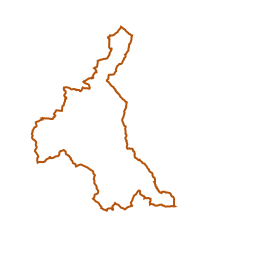 the district of Santiago de Chuco, La Libertad, Peru, rotated 302°
{"feature_id": "86281439B3188642373758", "entity_name": "Santiago de Chuco", "entity_type": "district", "adm_level": 2, "iso_a3": "PER", "parent_name": "Peru", "parent_adm1": "La Libertad", "projection": "albers", "projection_center": [-78.103, -8.267], "detail": "fine", "context": "isolated", "style": "outline", "palette": "amber", "viewbox_px": 256, "rotation_deg": 302, "n_neighbors": 0, "source": "geoboundaries", "source_scale": "gbopen_adm2", "svg_char_len": 5646}
<svg xmlns="http://www.w3.org/2000/svg" viewBox="0 0 256 256"><g transform="rotate(302 128 128)"><path d="M45.9,147.6L46.1,149.7L45.9,150.4L46.5,152.0L46.6,153.8L47.2,153.8L47.9,153.3L48.7,153.6L49.8,154.6L50.6,155.6L50.8,156.3L50.8,157.2L50.4,158.0L50.6,158.5L51.2,158.4L53.0,156.4L53.7,156.3L55.8,156.9L57.5,156.8L57.2,158.2L57.6,159.6L57.7,161.0L56.8,164.1L56.8,164.9L57.3,165.9L57.3,168.5L57.7,168.8L58.8,169.0L60.6,169.6L63.0,171.6L63.6,171.8L64.0,172.5L64.0,173.5L64.7,171.6L66.1,170.0L68.6,170.0L73.8,168.9L75.9,169.9L79.1,169.9L80.4,170.1L80.8,170.4L81.0,171.2L80.7,171.9L80.4,172.1L79.5,172.4L78.4,173.4L78.3,176.5L78.5,176.9L78.6,177.9L78.1,178.5L76.9,179.2L77.2,179.4L77.9,179.3L78.2,179.5L78.2,180.9L79.6,182.6L79.5,183.7L79.9,184.2L79.9,184.7L77.8,185.9L76.8,185.7L76.4,185.8L75.7,186.8L74.9,187.2L75.7,187.6L76.1,188.3L76.2,189.3L76.8,189.9L76.5,191.9L77.0,193.0L78.5,194.8L79.5,195.4L80.8,197.1L80.9,197.7L80.5,198.3L81.1,199.4L81.1,201.3L83.0,203.9L83.5,205.0L85.1,206.5L85.7,208.4L86.3,209.1L86.3,208.7L87.9,207.3L92.3,204.7L92.9,204.0L93.6,202.7L93.2,201.3L94.1,199.8L94.6,199.4L95.0,197.9L94.0,195.1L93.3,194.4L93.3,192.5L92.6,191.8L92.0,190.8L91.1,191.0L90.5,190.8L90.5,189.6L90.2,188.9L90.6,188.3L90.7,187.5L91.3,186.9L91.3,185.9L91.9,185.6L92.1,184.5L92.5,184.3L92.4,183.9L93.0,183.6L93.1,182.4L93.9,181.7L94.5,181.4L95.0,180.2L95.8,179.9L96.2,178.7L97.0,179.1L97.9,178.7L99.2,177.7L99.9,176.6L99.8,175.3L100.0,174.8L100.9,173.8L101.5,173.7L102.5,172.5L102.7,169.1L103.2,168.2L103.8,168.0L104.3,165.9L105.5,163.9L105.6,163.0L106.3,161.6L106.4,160.5L106.0,158.9L106.6,157.7L106.7,155.6L107.3,154.6L106.3,153.8L106.8,151.2L106.6,149.9L106.7,149.3L107.8,148.7L108.4,147.8L109.8,147.5L110.1,146.9L111.3,145.8L111.4,144.2L112.3,143.6L112.7,142.9L112.7,142.5L111.5,140.8L111.4,139.7L110.2,138.8L110.4,137.8L111.3,137.0L114.0,136.0L114.5,135.2L115.1,134.7L115.7,133.7L116.2,133.8L116.6,133.6L117.2,132.0L118.2,130.9L119.8,131.1L121.3,130.4L121.8,128.8L123.2,128.3L125.8,126.0L127.6,125.6L128.1,125.1L127.9,123.8L128.2,123.2L131.4,119.0L132.6,118.4L134.0,118.5L136.3,117.8L137.3,117.7L137.9,117.3L139.1,117.0L139.7,116.1L141.0,115.8L142.2,115.9L142.4,115.6L144.3,115.6L145.0,114.9L145.6,115.0L147.8,113.7L148.6,113.6L149.2,113.3L149.0,111.8L149.7,110.0L149.6,108.7L150.5,104.9L151.3,103.5L151.8,102.9L151.8,102.0L152.2,101.4L152.2,100.0L152.6,99.7L152.6,98.7L153.2,97.8L153.1,97.4L153.9,97.0L154.4,94.7L155.1,93.9L154.9,93.1L155.0,91.8L155.8,89.2L156.5,87.8L156.7,85.1L157.0,84.9L157.9,84.8L158.5,85.1L159.5,85.2L161.4,84.1L162.8,83.6L163.5,84.1L164.5,85.9L166.0,87.6L168.7,87.5L170.0,87.8L171.5,86.6L174.7,86.1L176.0,86.5L177.8,86.8L178.6,88.2L179.9,88.5L182.7,88.1L183.8,88.3L184.4,87.8L185.0,87.7L185.9,88.1L187.0,88.2L188.5,87.3L188.7,86.6L190.2,87.1L192.1,87.0L193.9,87.3L195.6,86.3L197.4,85.8L197.7,85.4L198.4,85.3L199.6,84.6L200.9,85.1L204.8,84.1L206.5,83.0L207.2,83.0L207.6,82.6L208.7,82.4L208.4,81.1L208.6,79.9L208.3,78.6L208.8,77.8L209.1,74.9L209.9,73.3L209.7,71.8L210.1,69.5L210.1,68.4L208.7,68.7L205.7,68.2L204.0,68.4L201.2,67.1L199.6,66.8L198.0,65.6L197.1,63.7L196.0,64.1L195.1,63.0L193.9,63.2L193.6,65.2L192.8,65.3L191.9,66.2L190.4,66.8L189.3,67.7L186.9,68.9L186.1,69.8L185.8,71.2L186.6,71.9L186.1,72.4L183.6,72.7L181.9,72.6L180.6,73.5L180.1,73.3L179.5,73.3L179.2,73.5L177.8,73.3L176.2,73.5L174.8,72.3L173.7,70.7L172.5,69.9L171.8,69.2L171.4,68.5L170.2,67.9L169.0,66.7L167.0,67.9L165.8,68.3L164.4,69.0L163.5,69.2L162.9,69.0L162.1,68.2L160.8,67.5L160.5,69.4L159.1,71.4L158.6,71.8L157.8,70.7L154.9,70.4L154.0,70.8L152.7,70.8L152.4,71.8L151.9,71.9L150.8,71.1L151.0,70.2L149.9,69.4L149.3,68.5L145.1,66.7L144.3,65.9L143.5,65.7L143.2,67.6L143.9,70.7L143.9,71.9L141.8,74.3L141.1,74.5L140.7,74.3L140.0,72.1L138.6,70.0L138.3,68.1L136.5,68.5L134.5,68.5L133.8,67.9L134.3,66.3L133.5,64.9L133.0,64.6L133.2,63.9L132.6,63.3L132.8,62.7L132.5,61.5L130.9,59.8L130.6,59.0L130.9,57.4L130.7,56.3L130.0,54.2L129.3,53.5L128.6,52.3L127.7,52.4L126.8,53.2L126.7,53.7L126.2,53.9L126.1,55.5L125.6,56.1L124.5,56.6L122.1,56.5L121.5,56.9L121.3,57.8L120.7,58.4L121.1,58.8L121.1,59.5L120.4,60.0L120.0,60.1L119.3,59.7L118.6,59.6L117.2,60.5L115.4,60.6L113.1,61.5L112.3,60.9L111.8,60.9L110.6,61.3L107.6,62.9L107.2,62.3L105.1,58.0L104.6,57.7L103.6,58.0L100.9,57.7L100.5,57.9L99.9,59.8L98.9,59.5L98.3,59.8L97.4,59.1L96.2,59.5L95.5,59.1L94.9,58.0L94.0,55.7L92.9,53.7L92.4,53.1L91.9,51.7L91.4,51.2L91.2,50.2L90.6,49.7L90.6,51.0L90.0,51.2L88.8,49.9L86.0,48.3L84.4,46.9L83.8,46.9L83.3,47.2L82.3,48.5L81.1,49.5L80.4,49.4L79.5,48.7L78.5,48.3L77.0,48.5L75.0,48.5L73.9,49.4L73.0,49.3L72.2,49.6L71.6,50.1L71.2,51.1L69.4,51.5L68.6,52.1L68.1,53.7L68.1,55.5L67.7,57.2L67.1,57.9L64.8,58.7L64.3,59.1L63.6,60.6L63.2,60.8L62.1,61.1L60.6,60.8L59.0,61.4L58.6,62.8L56.5,66.9L55.5,67.3L54.5,67.0L52.3,68.2L50.7,69.8L52.2,70.8L53.3,72.4L53.9,73.9L54.5,74.5L55.4,74.9L55.7,75.4L57.0,75.3L58.3,75.5L60.1,76.7L62.0,77.1L62.1,77.5L61.4,78.2L61.7,78.9L63.0,80.4L65.5,81.6L67.0,83.5L68.7,83.9L70.9,82.8L72.1,82.8L72.8,83.1L74.1,84.5L75.3,85.1L75.0,87.6L73.2,88.9L72.8,89.6L73.3,91.1L72.8,92.4L73.1,93.1L72.4,94.1L72.1,95.6L71.1,96.0L70.5,98.2L70.1,98.9L69.1,99.8L69.1,100.9L69.6,102.0L69.5,102.6L67.8,104.2L68.5,104.9L70.4,105.8L72.0,107.3L72.1,107.6L73.0,114.4L72.7,118.5L72.8,121.0L72.4,121.8L70.9,122.9L70.6,124.6L70.2,125.1L68.7,125.2L67.8,125.7L66.5,126.0L65.7,127.3L63.2,128.9L62.7,130.5L61.7,132.4L61.4,132.8L60.4,133.1L60.0,133.4L59.3,135.4L58.3,136.5L56.6,137.0L55.3,136.3L54.1,135.2L53.1,135.3L52.4,135.8L51.0,136.1L49.5,135.8L49.4,137.3L48.7,139.1L48.9,142.4L48.1,144.4L47.5,145.2L47.1,147.1L46.6,147.4L45.9,147.6Z" fill="none" stroke="#b45309" stroke-width="2"/></g></svg>